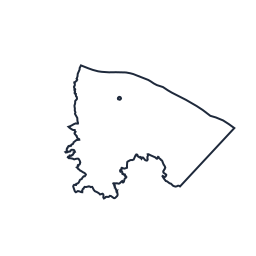 Moba, Katanga, Democratic Republic of the Congo (Natural Earth projection), rotated 320°
{"feature_id": "63176286B25314267977171", "entity_name": "Moba", "entity_type": "district", "adm_level": 2, "iso_a3": "COD", "parent_name": "Democratic Republic of the Congo", "parent_adm1": "Katanga", "projection": "natural_earth1", "projection_center": [29.107, -7.404], "detail": "fine", "context": "isolated", "style": "outline", "palette": "slate", "viewbox_px": 256, "rotation_deg": 320, "n_neighbors": 0, "source": "geoboundaries", "source_scale": "gbopen_adm2", "svg_char_len": 5646}
<svg xmlns="http://www.w3.org/2000/svg" viewBox="0 0 256 256"><g transform="rotate(320 128 128)"><path d="M64.6,106.3L64.6,106.8L66.1,107.7L67.5,108.0L68.2,108.6L68.8,108.8L69.6,108.3L70.7,108.4L71.6,109.1L72.3,109.9L72.5,110.5L72.0,112.2L71.4,112.0L71.0,112.1L70.7,111.8L70.3,112.5L69.6,112.5L68.9,113.0L67.5,112.9L67.2,112.5L66.6,112.7L66.4,112.4L65.4,112.2L65.6,111.8L65.5,111.6L65.0,111.9L64.6,111.8L64.2,111.9L63.6,111.5L63.1,111.7L63.3,113.1L64.4,114.1L65.9,115.9L66.4,117.1L66.7,117.5L68.4,118.2L70.0,119.3L70.2,119.7L70.3,120.3L69.8,122.7L69.2,123.8L68.9,123.8L68.2,124.5L67.9,124.6L67.5,124.8L66.8,124.7L66.2,124.3L65.9,124.7L65.6,124.6L65.5,125.0L65.1,124.9L64.7,125.5L63.6,125.3L63.7,125.7L63.5,126.3L63.6,127.8L63.9,128.3L64.0,130.1L64.4,130.6L65.1,133.0L65.8,134.5L65.9,136.5L65.2,136.9L63.8,137.2L62.9,136.5L61.0,136.8L60.2,137.2L59.7,137.3L58.3,136.9L57.5,137.0L56.2,137.7L55.1,138.1L53.5,138.1L52.5,137.5L52.0,137.7L51.5,138.2L50.2,136.9L49.3,137.0L48.4,137.6L46.7,142.0L46.6,142.8L46.8,143.7L49.1,144.1L50.2,145.6L50.9,147.0L51.7,147.8L52.3,147.2L52.3,146.9L52.4,146.6L52.7,146.4L53.2,146.3L54.1,145.7L55.0,145.9L55.2,145.6L56.9,145.2L57.9,146.2L58.5,146.6L59.1,146.8L60.2,147.5L60.5,147.5L61.1,148.3L61.3,149.2L61.8,149.4L62.7,150.1L62.4,151.8L62.0,153.2L62.0,155.1L63.0,157.1L63.5,158.5L63.9,160.0L63.8,160.8L64.5,161.3L65.1,161.4L66.3,162.0L66.4,162.8L66.1,163.6L64.4,165.4L64.3,166.5L65.3,166.6L65.8,166.8L66.6,166.5L67.6,167.1L68.1,167.7L68.7,168.2L69.1,168.4L70.5,168.3L71.2,169.2L72.1,172.6L72.6,173.1L73.4,173.3L76.1,173.1L77.0,172.6L77.7,171.7L78.1,170.5L78.3,170.4L78.1,170.1L78.2,169.9L78.2,169.7L78.4,169.5L78.6,169.7L78.8,169.5L78.8,169.4L78.6,169.2L78.8,169.1L79.0,169.1L79.1,168.9L79.4,168.8L79.0,168.5L79.2,168.2L79.1,167.6L79.3,167.4L79.2,167.2L79.4,166.8L79.6,166.6L79.7,166.1L79.7,165.5L79.8,165.3L79.7,165.2L80.1,164.9L80.0,164.4L80.2,163.9L80.6,163.8L80.6,163.3L80.8,163.3L80.8,163.0L81.1,162.9L81.2,162.3L81.4,162.0L81.0,161.5L81.1,161.0L81.5,161.1L83.4,162.9L83.9,163.1L85.1,164.7L85.9,165.0L88.8,164.8L89.5,164.9L89.4,165.5L89.0,166.3L89.3,166.6L90.3,166.5L92.4,165.0L93.1,164.7L93.7,164.7L94.2,164.8L95.0,164.7L95.3,164.4L95.2,163.4L95.1,163.0L95.3,162.9L95.2,162.6L94.9,162.8L94.9,162.5L95.0,162.1L95.6,161.7L95.3,161.4L95.4,161.2L95.1,160.9L95.1,160.6L95.0,160.4L94.6,160.4L94.5,160.0L94.2,159.7L94.3,159.2L95.1,158.5L95.3,158.1L95.3,157.7L94.8,157.0L94.1,156.7L94.2,156.1L94.3,155.9L94.8,156.1L95.0,155.9L95.2,155.3L95.4,155.3L95.6,155.7L96.0,155.8L96.0,155.2L96.7,155.2L97.3,154.5L97.7,154.5L98.6,156.1L99.3,156.9L101.7,157.8L103.0,156.2L105.5,153.6L106.2,153.5L109.1,154.1L109.8,154.5L110.6,155.3L112.1,155.8L116.0,153.9L116.4,154.2L116.8,154.1L117.2,153.6L117.5,153.7L117.8,154.1L117.9,154.6L117.8,155.1L117.5,155.3L117.4,155.6L117.4,156.3L117.8,157.6L118.1,158.3L118.4,158.3L118.8,158.1L119.1,158.7L118.5,159.8L118.5,160.3L119.9,159.8L120.3,160.0L120.5,160.2L120.6,161.4L120.5,163.0L120.6,163.8L121.2,164.8L121.4,165.0L121.9,165.2L122.8,164.8L123.1,164.5L123.2,163.9L123.9,163.2L124.1,162.7L125.4,162.1L125.8,161.7L126.2,160.8L126.6,161.0L126.8,161.6L127.2,162.0L127.6,163.1L130.0,168.0L130.2,169.8L130.5,170.2L130.8,170.2L131.3,170.1L132.0,169.5L132.5,169.4L132.6,169.7L132.7,169.9L132.3,170.3L132.5,170.8L132.6,172.0L132.9,172.7L132.7,173.5L133.1,174.7L132.9,175.8L132.5,176.6L132.2,177.7L131.7,179.1L131.8,179.6L131.5,181.2L131.1,182.3L130.8,182.5L130.4,182.5L129.7,183.1L129.0,183.1L127.9,183.7L127.3,183.7L126.7,184.4L126.5,185.2L127.3,188.3L127.0,188.7L125.7,189.3L124.6,189.2L124.4,188.5L123.8,187.0L123.4,187.1L123.0,189.7L122.9,193.0L123.5,193.7L123.9,195.2L124.3,197.1L125.1,198.2L125.4,201.2L125.9,202.2L126.7,203.4L127.8,204.0L129.1,204.3L129.9,205.0L130.3,206.2L209.4,196.4L207.7,189.7L205.7,183.3L202.1,176.4L198.9,171.6L196.8,162.2L194.7,155.3L190.5,143.7L184.3,129.1L182.7,124.6L181.1,119.1L177.7,113.7L176.4,110.5L175.3,106.7L174.4,104.2L166.6,89.9L164.9,87.5L162.1,84.1L154.6,77.5L149.2,73.1L143.9,68.0L141.5,65.3L138.4,60.9L136.1,57.0L132.2,49.8L129.5,51.0L128.5,52.1L124.3,54.2L122.4,56.1L121.6,56.5L120.5,57.3L120.3,57.3L120.3,58.0L120.1,58.4L119.4,58.5L118.9,58.8L118.4,58.7L116.8,58.9L116.6,58.6L116.3,58.5L116.0,59.1L115.8,59.1L115.7,60.0L115.3,60.4L114.9,60.9L114.4,61.3L114.0,61.3L113.8,61.5L113.4,61.6L113.0,61.8L112.4,63.2L112.5,64.2L112.4,64.4L112.0,64.4L111.7,64.1L111.4,64.3L111.1,65.1L111.2,65.6L110.7,66.0L110.7,66.3L110.5,66.5L110.0,66.6L109.9,66.8L109.6,66.9L109.6,67.2L109.8,67.3L109.8,67.5L109.5,68.0L109.9,68.4L109.6,68.7L109.5,69.0L108.8,69.8L108.6,70.3L108.7,71.3L107.8,72.7L107.2,73.1L105.1,73.3L104.8,73.5L103.5,75.0L103.0,75.3L102.6,75.7L101.6,76.2L100.6,77.5L100.0,78.7L98.4,80.5L97.8,82.2L96.5,83.0L95.6,87.7L93.8,90.1L92.9,92.1L92.5,92.4L91.7,91.8L91.0,90.9L88.8,90.2L87.3,90.0L84.7,89.4L83.2,88.8L83.3,89.9L83.7,90.3L83.5,90.7L83.5,91.0L84.2,93.2L84.5,93.9L85.1,94.7L85.9,95.3L85.4,96.1L85.2,96.9L85.3,97.2L85.0,97.3L84.8,97.2L84.6,97.4L84.1,97.3L83.8,97.5L83.5,97.9L83.4,98.5L83.5,100.1L83.3,100.9L83.3,101.2L83.5,101.4L82.9,102.4L82.8,103.3L82.8,103.8L83.3,104.7L83.4,105.2L83.1,105.7L80.8,104.1L77.0,104.0L76.6,104.4L75.7,104.8L75.2,104.8L74.7,104.5L74.1,104.4L73.1,104.9L72.9,104.5L72.7,104.4L72.4,104.7L72.1,104.5L71.7,104.5L71.5,104.2L71.2,104.1L71.1,103.7L70.8,103.6L70.5,103.8L69.7,103.9L69.2,104.3L68.8,104.2L68.5,104.5L67.8,104.6L67.4,105.0L67.2,105.1L66.8,105.9L66.5,106.1L65.8,106.2L65.2,106.6L64.6,106.3ZM141.9,100.2L141.7,100.8L140.9,101.2L139.9,101.1L139.6,100.7L139.6,100.3L139.2,100.1L138.9,99.6L139.2,98.9L139.9,98.4L141.1,98.4L141.5,98.7L141.8,99.1L142.0,99.6L141.9,100.2Z" fill="none" stroke="#1e293b" stroke-width="2"/></g></svg>